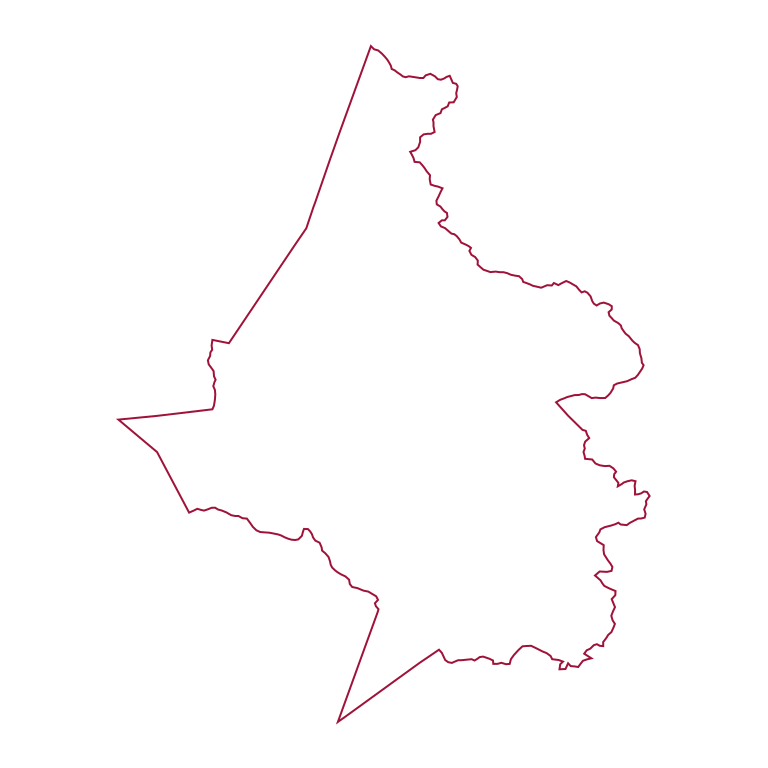 the district of Tamboril, Ceará, Brazil
{"feature_id": "56859067B35932918243928", "entity_name": "Tamboril", "entity_type": "district", "adm_level": 2, "iso_a3": "BRA", "parent_name": "Brazil", "parent_adm1": "Ceará", "projection": "mercator", "projection_center": [-40.277, -4.889], "detail": "fine", "context": "isolated", "style": "outline", "palette": "rose", "viewbox_px": 768, "rotation_deg": 0, "n_neighbors": 0, "source": "geoboundaries", "source_scale": "gbopen_adm2", "svg_char_len": 5156}
<svg xmlns="http://www.w3.org/2000/svg" viewBox="0 0 768 768"><path d="M456.8,97.0L456.2,93.2L457.1,89.5L457.7,86.2L456.2,83.8L452.8,82.9L451.2,79.1L449.7,75.8L446.6,76.9L444.1,78.5L441.0,79.7L437.8,79.2L434.9,76.3L430.3,73.8L425.6,75.4L423.4,78.0L419.7,78.0L416.8,77.5L412.9,76.9L408.9,76.3L405.7,77.2L402.8,76.4L400.6,74.6L397.0,72.2L394.5,70.2L391.7,69.0L390.9,65.8L389.2,62.7L387.3,59.7L384.9,56.8L381.9,53.6L378.1,50.4L374.1,49.3L370.9,46.1L339.5,132.7L338.1,136.6L334.4,147.1L330.1,159.2L315.3,202.1L313.5,206.9L312.5,209.9L306.3,228.3L295.2,244.5L269.4,282.9L259.2,298.1L228.9,343.2L212.4,339.9L211.6,345.5L212.2,349.8L210.4,352.4L210.1,356.0L207.9,360.3L208.7,364.3L211.0,367.4L213.6,371.1L214.0,376.3L215.6,379.7L214.4,382.3L213.3,386.2L214.9,389.9L215.3,394.2L215.0,398.7L214.6,401.8L213.9,405.9L212.4,409.3L156.8,415.9L118.4,419.6L157.1,452.1L189.1,512.6L193.5,510.7L197.3,508.8L201.0,509.9L204.0,510.6L207.9,509.3L211.6,507.8L215.1,507.7L218.0,509.5L221.4,510.4L226.4,512.4L231.2,515.2L235.2,516.0L238.4,516.0L242.5,518.2L246.9,518.6L250.1,522.9L252.8,526.8L256.4,530.3L260.1,532.0L264.8,532.4L269.4,532.7L273.0,533.4L278.0,534.4L281.2,535.5L284.9,537.4L288.4,538.8L291.6,539.7L295.2,540.0L298.3,539.4L301.9,535.8L303.0,531.6L304.0,528.9L308.0,529.1L310.3,531.6L311.9,534.1L313.1,537.5L315.3,540.6L319.6,542.7L321.6,547.3L322.1,550.6L325.2,553.2L328.5,556.9L329.9,560.9L330.7,564.7L332.1,567.5L335.1,570.4L337.5,572.2L341.1,574.4L345.4,576.4L349.1,579.7L349.8,584.0L352.2,587.0L357.4,588.1L363.4,590.6L368.3,591.6L372.0,593.8L376.2,596.3L378.0,599.9L374.9,603.2L375.9,606.2L378.5,609.2L377.6,612.3L360.4,659.7L337.9,721.9L344.6,717.2L370.0,698.8L395.9,680.0L419.7,662.8L439.0,649.7L441.9,652.9L443.5,656.4L445.2,660.0L448.2,662.2L451.9,662.9L454.8,661.6L458.2,660.2L461.7,660.2L466.5,659.7L471.6,659.2L474.6,660.5L477.2,658.9L479.7,657.1L483.1,656.6L485.8,657.5L489.5,658.8L493.0,660.5L493.3,663.9L497.3,663.9L501.4,662.8L505.9,664.2L509.7,663.9L510.9,659.2L514.0,654.9L518.7,649.8L522.5,646.3L526.6,646.0L531.1,645.8L535.3,647.8L539.1,649.7L542.4,651.4L546.6,653.1L550.6,656.0L552.2,659.2L558.6,660.0L563.0,661.6L560.2,664.3L559.5,669.3L565.5,669.0L568.1,663.3L570.7,666.1L574.5,666.4L578.2,667.0L580.5,663.9L582.9,660.8L586.9,659.4L591.4,658.3L584.2,653.7L586.7,650.3L590.2,648.7L593.8,645.2L596.9,644.2L599.8,645.8L603.2,646.1L603.2,642.0L606.1,638.3L608.2,634.9L611.4,632.1L613.6,627.3L614.9,623.9L612.6,620.3L611.3,615.8L612.8,611.8L615.0,607.1L613.3,603.1L611.7,599.1L615.3,595.2L615.5,591.0L611.8,589.5L608.2,587.9L604.3,585.9L602.3,583.3L600.6,580.4L595.0,575.5L599.6,571.5L603.7,571.7L606.9,571.9L611.5,570.9L612.4,567.0L610.6,563.9L607.7,560.0L604.1,554.3L603.5,550.2L603.7,545.1L597.1,541.1L595.9,537.1L599.3,532.4L600.4,529.4L604.6,527.2L611.3,525.5L615.3,524.2L618.4,522.7L620.7,524.5L626.8,525.1L629.8,522.9L637.9,518.6L641.1,518.5L644.7,517.6L645.6,513.8L644.2,509.3L646.4,504.3L645.9,501.2L647.6,498.7L649.6,496.0L647.0,492.0L643.9,491.5L641.1,493.4L637.9,494.3L635.0,494.5L635.1,490.0L634.6,485.9L635.5,481.2L631.7,480.3L627.6,481.2L623.8,482.5L621.4,484.3L617.8,486.3L618.4,482.9L615.9,479.7L613.9,477.2L614.2,474.2L616.1,471.7L613.4,468.4L609.5,465.8L604.9,466.1L599.8,465.3L595.5,463.5L592.2,459.5L585.1,458.8L584.6,455.8L583.5,452.0L584.8,448.6L584.0,445.2L585.2,441.6L589.2,438.1L587.2,434.9L585.8,430.8L582.5,429.9L568.1,415.7L556.1,402.3L560.2,399.8L564.0,398.4L567.3,397.0L571.6,395.9L574.6,395.1L578.8,395.0L581.9,394.1L585.0,394.2L588.3,396.1L591.7,398.1L595.6,397.6L600.5,398.1L605.2,398.0L608.1,395.5L610.4,393.0L613.2,388.4L613.8,385.3L617.2,383.5L622.4,382.3L627.1,381.2L631.7,379.1L635.2,377.8L637.8,375.0L640.2,371.5L642.2,368.5L643.6,365.2L641.9,362.8L641.4,358.2L639.9,353.2L639.7,349.2L638.0,345.1L634.9,343.0L632.4,340.7L628.8,336.2L625.6,333.7L623.5,330.9L621.7,328.3L620.9,325.5L618.4,323.2L613.9,320.6L611.5,317.9L609.4,315.7L608.6,312.2L611.7,309.5L611.8,306.2L608.6,304.2L603.8,302.6L599.9,303.5L596.6,305.5L593.8,303.6L592.2,301.0L590.6,296.4L587.5,292.8L584.8,291.3L581.6,292.4L579.0,289.7L576.3,286.3L572.7,284.3L570.1,282.7L566.2,281.0L561.5,283.3L558.3,285.1L553.9,283.0L551.8,285.5L547.2,285.2L541.2,287.7L536.5,286.6L532.9,285.8L530.0,284.4L526.6,283.1L523.2,281.9L522.2,279.1L519.0,276.2L515.4,275.7L511.0,274.8L507.1,273.1L503.4,272.2L499.9,272.2L495.6,271.6L490.4,272.1L486.4,270.7L483.4,269.7L481.1,267.7L477.6,264.6L477.8,260.6L475.2,257.1L471.4,254.8L469.4,250.9L471.0,247.9L468.8,246.2L466.0,244.7L461.2,242.6L459.3,239.2L456.7,236.1L454.3,234.2L451.4,233.6L448.6,231.2L445.0,228.1L440.9,226.4L438.6,223.0L441.9,220.3L444.8,220.3L447.5,216.9L446.9,212.9L444.5,211.4L442.2,208.9L440.5,206.6L436.8,204.4L436.4,200.7L438.7,196.2L440.5,192.2L442.5,188.3L437.7,186.5L434.8,185.9L430.7,184.5L429.7,179.3L430.0,175.2L426.6,171.2L424.6,168.1L422.5,165.4L419.7,162.3L414.6,161.9L413.5,158.0L411.8,154.6L410.2,151.8L415.4,150.2L418.3,147.3L420.1,142.0L420.1,137.3L423.6,134.4L427.5,133.8L431.0,133.8L434.6,132.0L433.5,126.2L433.5,122.3L432.9,119.6L435.7,115.1L440.5,113.1L441.9,109.3L444.8,107.9L447.7,106.3L449.2,102.5L453.7,102.3L456.8,97.0Z" fill="none" stroke="#9f1239" stroke-width="2"/></svg>